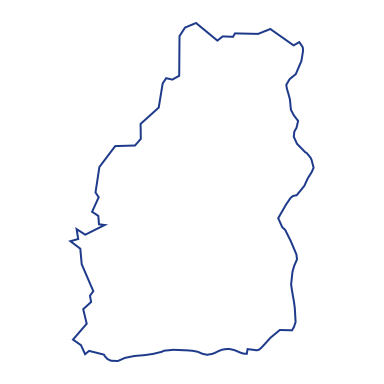 Novo Selo, Novo Selo, North Macedonia
{"feature_id": "65306769B50594974244279", "entity_name": "Novo Selo", "entity_type": "district", "adm_level": 2, "iso_a3": "MKD", "parent_name": "North Macedonia", "parent_adm1": "Novo Selo", "projection": "mercator", "projection_center": [22.902, 41.433], "detail": "fine", "context": "isolated", "style": "outline", "palette": "blue", "viewbox_px": 384, "rotation_deg": 0, "n_neighbors": 0, "source": "geoboundaries", "source_scale": "gbopen_adm2", "svg_char_len": 1581}
<svg xmlns="http://www.w3.org/2000/svg" viewBox="0 0 384 384"><path d="M179.5,36.1L179.2,75.8L172.3,79.6L166.2,78.2L162.7,83.4L158.7,107.6L140.6,123.9L140.8,138.9L135.0,145.5L115.2,146.1L99.4,167.0L95.5,192.5L98.7,197.2L92.1,211.8L98.3,215.9L99.0,224.3L104.7,225.0L85.2,234.7L76.6,229.1L78.2,239.0L70.4,241.2L80.3,248.7L81.7,264.2L93.3,291.2L90.0,295.7L91.1,302.0L83.2,309.2L86.7,323.7L73.0,339.6L81.0,345.2L85.1,354.2L89.1,350.9L103.9,354.6L105.1,356.5L107.4,359.0L110.9,360.7L112.0,360.8L117.9,361.0L124.9,357.9L134.3,356.0L144.8,355.1L153.1,353.9L161.8,351.8L164.0,350.7L173.5,349.8L187.9,350.4L192.7,350.8L197.8,351.8L202.5,353.8L207.1,354.8L212.6,353.8L215.7,352.5L218.3,351.2L221.7,349.8L225.0,349.2L228.8,348.9L231.8,349.5L234.7,350.2L239.8,352.4L243.4,353.6L246.8,353.8L247.6,349.1L253.2,349.8L256.7,350.3L259.0,349.7L261.1,348.0L265.1,343.7L270.6,337.6L279.8,330.0L292.0,330.3L294.0,326.9L295.6,321.9L294.8,308.3L294.1,302.7L292.3,292.3L291.1,284.6L292.5,271.6L294.2,265.8L296.6,260.3L297.0,259.3L296.4,254.4L290.9,241.4L285.2,229.9L282.3,227.3L278.2,218.2L284.0,208.1L286.2,204.3L290.5,198.0L292.9,196.0L296.7,195.2L304.3,185.9L307.9,178.1L311.8,171.9L313.6,167.7L311.6,160.0L310.6,157.8L306.7,153.0L305.2,152.2L297.0,143.8L293.8,136.8L294.3,131.6L296.5,127.8L298.1,120.9L293.8,115.3L290.9,109.7L289.9,99.3L288.5,94.1L286.8,88.3L286.3,84.8L289.6,79.2L295.8,74.1L301.4,61.0L303.1,50.5L302.7,47.2L299.3,42.1L293.6,45.4L270.3,29.0L258.1,33.9L235.0,33.4L233.0,36.8L222.7,36.4L217.4,40.6L196.0,23.0L185.0,27.6L179.5,36.1Z" fill="none" stroke="#1e3a8a" stroke-width="2"/></svg>